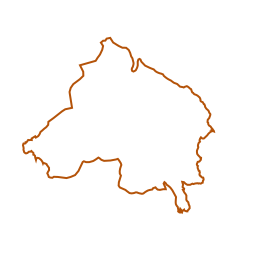 Garnic, Caras-Severin, Romania (Equal Earth projection), rotated 23°
{"feature_id": "2599482B142541919189", "entity_name": "Garnic", "entity_type": "district", "adm_level": 2, "iso_a3": "ROU", "parent_name": "Romania", "parent_adm1": "Caras-Severin", "projection": "equal_earth", "projection_center": [21.779, 44.757], "detail": "fine", "context": "isolated", "style": "outline", "palette": "amber", "viewbox_px": 256, "rotation_deg": 23, "n_neighbors": 0, "source": "geoboundaries", "source_scale": "gbopen_adm2", "svg_char_len": 5367}
<svg xmlns="http://www.w3.org/2000/svg" viewBox="0 0 256 256"><g transform="rotate(23 128 128)"><path d="M208.5,97.6L208.3,97.3L207.2,96.6L206.0,96.9L206.2,96.6L206.4,96.4L206.3,96.0L205.6,95.6L205.1,95.5L203.5,94.4L202.8,94.2L202.1,94.2L201.6,94.0L201.1,93.7L200.3,93.0L199.9,92.2L199.7,91.8L199.0,91.6L198.6,90.7L198.2,89.2L198.9,87.0L198.8,86.2L198.8,85.6L198.7,84.2L198.5,83.3L198.2,82.9L197.0,82.3L196.0,81.3L195.3,80.6L193.7,80.0L192.9,79.8L191.9,79.2L190.6,78.3L190.3,77.6L189.6,76.9L189.0,76.3L188.4,76.4L187.7,75.8L187.3,75.5L186.6,75.0L185.4,75.1L184.5,74.9L183.7,74.0L183.5,73.3L182.9,72.7L182.6,72.4L182.0,71.9L181.0,71.6L179.6,71.1L178.2,70.9L177.3,70.9L176.0,71.0L175.2,70.8L174.3,70.2L173.7,70.2L173.2,70.1L172.0,68.9L171.0,67.7L170.4,67.5L169.6,67.5L168.2,66.9L166.9,66.6L165.8,66.5L165.0,67.2L164.1,68.0L163.5,68.9L162.8,68.9L159.7,69.6L157.5,68.8L156.2,68.3L155.1,68.3L153.7,68.4L152.3,68.4L150.4,67.9L149.8,67.8L148.8,67.5L147.8,67.5L146.7,67.4L145.7,67.3L144.6,67.1L143.6,66.9L142.6,66.6L142.1,66.5L141.6,66.3L140.6,66.0L139.3,65.0L137.4,65.0L136.2,65.2L134.9,65.3L134.2,65.3L133.1,65.3L132.4,65.2L131.7,65.1L130.9,64.9L130.2,64.6L129.5,64.3L128.8,64.0L126.5,64.1L124.1,64.1L121.8,64.0L119.4,63.9L114.5,61.8L114.0,61.4L113.6,61.0L113.2,60.6L112.8,60.1L111.6,59.9L110.8,60.9L111.0,63.1L112.4,66.3L112.5,66.5L112.7,67.8L112.8,69.1L112.7,70.4L112.6,71.7L112.3,72.3L111.8,72.9L111.4,73.4L110.9,73.9L109.5,73.8L108.6,72.7L108.3,71.5L108.4,70.8L108.5,70.1L108.5,69.5L108.4,68.8L108.3,68.0L108.2,67.5L108.1,67.0L107.9,66.4L107.6,65.8L104.8,62.1L103.0,60.9L100.6,58.0L98.2,55.9L94.9,54.9L91.5,56.3L87.2,56.1L80.9,55.1L76.4,52.0L73.4,54.1L73.0,56.4L71.0,57.4L69.7,60.0L73.0,62.2L73.7,66.0L73.5,71.2L73.1,73.1L72.6,75.0L72.3,76.9L72.0,78.8L59.3,89.0L64.8,93.7L66.5,97.4L64.6,101.9L60.5,109.0L59.6,113.4L60.1,117.6L60.9,119.0L68.6,131.3L62.9,135.3L60.8,138.4L55.6,147.9L52.3,153.4L53.3,156.3L52.4,159.2L51.1,161.5L49.9,164.1L49.0,165.8L49.0,168.5L48.5,170.6L46.9,172.8L45.8,171.9L43.4,175.3L44.1,176.7L42.9,177.1L41.8,177.8L40.8,178.0L40.6,178.4L40.5,179.6L40.1,180.8L39.3,181.1L39.6,182.2L39.0,182.7L37.9,183.1L37.9,183.9L38.1,185.0L38.9,186.0L39.8,187.3L40.3,188.9L40.9,189.6L42.0,190.9L43.5,191.3L44.1,191.2L44.3,191.0L45.2,190.3L46.0,188.6L47.5,187.8L48.1,186.9L49.1,187.5L50.5,187.8L51.1,188.7L51.3,189.1L51.3,189.5L52.0,189.5L52.3,189.5L53.3,190.0L53.7,190.6L54.1,191.4L55.2,192.7L55.8,193.4L55.6,192.1L55.6,191.5L56.2,190.9L57.5,190.6L58.1,190.6L60.4,191.3L61.6,192.0L62.8,192.9L63.6,193.8L63.6,193.7L63.6,193.1L65.2,193.1L66.0,193.0L67.2,193.1L67.9,193.8L69.0,194.4L70.9,195.6L71.2,196.4L71.8,197.6L71.5,199.4L71.4,201.2L73.2,202.8L74.2,204.0L75.7,204.0L77.8,203.4L78.8,201.9L82.5,200.5L91.0,198.1L94.3,195.5L97.7,192.0L99.2,186.9L99.6,177.0L100.4,175.9L102.7,175.8L105.6,174.6L108.6,172.2L108.9,171.9L109.8,170.7L110.7,169.4L111.5,168.1L112.3,166.8L113.2,166.9L114.1,167.1L115.0,167.4L115.9,167.7L118.8,167.6L124.5,164.8L129.2,161.7L130.7,160.4L131.5,160.8L132.2,161.2L132.5,161.4L134.4,162.7L135.1,163.2L136.3,164.6L136.4,166.2L136.6,168.3L137.2,170.9L138.3,173.2L140.1,174.6L140.8,181.5L141.9,184.7L143.7,185.9L149.9,186.0L151.1,186.4L152.3,186.7L153.6,187.0L154.8,187.3L156.8,186.8L157.5,186.4L158.2,186.0L158.9,185.5L159.6,184.9L160.2,184.3L161.4,183.8L162.4,183.8L163.4,183.7L164.3,183.6L165.2,183.4L166.2,183.2L166.6,183.1L167.8,182.2L168.3,181.2L168.9,180.2L169.6,179.2L170.3,178.3L170.8,177.7L172.0,176.7L173.2,175.9L174.4,175.1L174.6,173.6L176.5,171.9L177.2,172.3L177.9,172.6L178.6,172.9L179.4,173.1L181.6,172.5L184.3,170.6L186.7,169.6L186.0,168.6L182.5,165.2L182.7,163.6L183.5,163.8L184.3,164.1L185.0,164.5L185.6,165.1L186.9,165.3L188.1,165.6L189.4,166.0L190.6,166.5L193.3,168.1L199.2,172.8L199.7,174.4L200.3,176.1L200.9,177.7L201.7,179.2L202.3,179.8L202.9,180.3L203.7,180.8L204.6,181.2L206.3,183.7L206.6,184.4L206.8,185.2L208.3,185.6L208.9,185.4L208.7,185.2L208.0,184.6L207.7,183.5L207.6,181.9L208.9,182.6L209.6,183.2L210.2,184.3L210.7,184.5L210.6,183.6L210.8,182.4L211.5,181.3L211.9,181.9L212.8,181.9L214.3,181.9L214.7,181.7L215.2,181.5L215.0,181.0L215.6,179.6L216.1,177.8L215.2,175.9L213.7,174.5L212.5,172.8L210.4,171.9L209.7,171.2L208.1,167.3L206.5,166.1L205.1,165.4L202.7,163.4L203.6,162.8L203.4,161.9L201.3,161.0L200.8,158.6L199.0,156.4L200.7,156.0L202.6,156.8L204.8,157.1L207.4,156.0L209.0,154.1L209.7,154.1L210.4,153.9L210.6,153.6L210.8,153.4L211.6,152.8L213.5,151.7L214.6,151.6L214.9,151.2L215.6,151.0L216.4,150.9L216.9,150.6L217.4,149.7L218.1,149.2L217.6,147.2L217.8,146.1L217.6,145.7L217.1,144.8L216.6,144.3L215.8,144.6L215.0,144.5L214.4,144.1L213.9,144.1L213.2,143.6L212.7,143.7L212.0,143.0L211.6,141.6L211.5,140.9L210.6,139.7L210.2,139.9L209.7,139.7L209.1,138.9L208.0,137.9L207.3,136.7L207.2,135.7L206.8,135.7L205.8,134.9L205.5,134.4L205.4,133.6L205.5,132.9L205.4,132.0L205.9,131.5L206.5,131.3L206.9,130.8L207.3,129.3L207.5,128.7L206.9,128.0L207.1,127.4L206.9,126.9L206.6,127.0L206.4,127.0L204.7,126.3L203.1,125.6L201.8,124.8L200.8,123.1L200.3,121.8L200.3,120.6L200.3,119.2L200.2,118.1L199.4,117.3L199.0,115.8L198.9,114.1L199.6,112.5L199.2,112.2L198.6,111.2L198.6,110.4L198.5,109.6L198.8,108.1L200.1,108.6L200.8,108.5L201.4,108.3L202.0,107.9L203.8,103.8L204.2,102.0L204.5,101.3L204.8,100.6L205.2,99.8L205.7,99.1L206.2,98.5L206.6,98.1L207.0,97.9L207.4,97.6L208.5,97.6Z" fill="none" stroke="#b45309" stroke-width="2"/></g></svg>